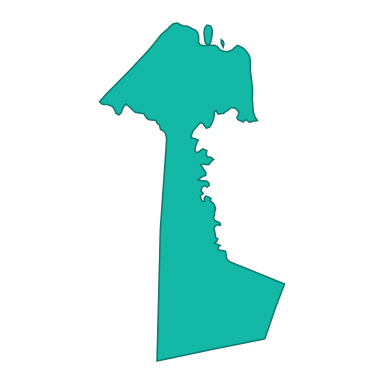 outline of São Caetano de Odivelas, Pará, Brazil
{"feature_id": "56859067B48440090110628", "entity_name": "São Caetano de Odivelas", "entity_type": "district", "adm_level": 2, "iso_a3": "BRA", "parent_name": "Brazil", "parent_adm1": "Pará", "projection": "albers", "projection_center": [-48.02, -0.863], "detail": "fine", "context": "isolated", "style": "filled", "palette": "teal", "viewbox_px": 384, "rotation_deg": 0, "n_neighbors": 0, "source": "geoboundaries", "source_scale": "gbopen_adm2", "svg_char_len": 2567}
<svg xmlns="http://www.w3.org/2000/svg" viewBox="0 0 384 384"><path d="M264.8,338.8L266.5,333.9L275.8,306.8L281.0,293.3L284.5,284.0L231.8,262.6L228.3,260.8L226.2,257.8L226.1,254.7L225.6,251.2L222.0,250.6L218.1,249.7L218.2,247.2L220.2,245.5L217.1,244.2L214.5,243.2L216.7,241.3L217.8,238.8L215.6,237.6L214.9,232.2L213.9,228.6L215.1,226.2L217.4,224.7L220.4,225.3L220.0,222.9L214.8,220.5L213.4,217.5L214.6,214.9L214.5,212.3L215.6,208.7L214.5,205.2L213.1,203.1L210.2,200.8L211.0,198.3L208.0,196.8L205.5,196.1L204.2,198.7L204.7,201.3L202.3,201.3L200.7,198.3L200.4,195.8L203.4,193.4L201.0,191.1L201.8,187.5L204.6,185.5L207.2,187.2L209.2,185.4L208.8,182.9L206.9,181.2L204.0,180.7L201.1,180.7L198.2,179.7L202.5,176.4L205.7,175.5L206.0,172.7L204.6,170.7L203.3,168.6L200.6,164.8L203.0,163.9L206.3,164.7L209.0,164.5L210.7,162.1L213.6,159.4L210.6,157.1L207.6,157.0L206.1,154.5L206.9,150.7L203.1,148.9L200.6,150.3L198.1,152.4L195.0,151.7L195.1,148.4L196.9,142.3L198.3,140.2L195.1,138.6L191.7,138.1L191.4,135.2L193.0,130.9L200.1,122.8L202.7,123.3L206.2,128.2L209.4,127.3L210.9,125.3L213.1,120.2L214.4,115.3L214.1,112.2L216.1,110.4L217.9,114.1L223.2,113.5L226.0,111.4L228.2,110.2L231.1,107.5L235.4,108.3L238.7,111.7L238.4,115.0L236.8,117.6L238.1,119.7L240.8,120.9L243.2,122.0L245.9,119.5L249.5,122.3L253.9,121.0L257.4,120.6L255.2,117.3L253.3,112.3L252.7,103.1L252.2,98.5L252.6,93.8L252.5,89.0L251.9,82.5L250.3,70.5L250.5,65.3L250.3,60.2L249.4,55.7L245.5,50.3L243.0,48.0L237.7,45.3L235.0,47.2L233.3,49.0L230.8,50.6L227.2,51.8L222.9,51.1L219.6,49.5L217.8,47.0L215.1,45.4L208.8,45.2L204.1,45.7L200.1,44.8L198.6,42.5L198.6,39.5L198.6,35.8L197.6,32.6L195.3,30.1L192.6,29.0L189.7,27.2L186.6,26.0L183.8,26.0L180.9,25.0L177.2,23.0L173.3,23.7L169.7,26.7L167.3,29.5L165.2,31.0L161.3,34.5L154.1,43.6L149.3,49.3L144.1,55.0L129.7,70.4L105.9,94.4L99.5,101.8L102.0,104.1L104.8,104.5L107.2,104.4L112.3,106.4L114.6,109.5L115.8,113.1L118.9,115.0L121.4,112.4L122.4,109.0L124.0,106.3L125.8,104.0L128.0,105.7L130.5,107.8L132.6,110.0L135.3,112.3L139.3,113.0L143.9,113.7L145.5,116.5L146.9,118.5L149.4,119.8L152.7,120.1L155.8,120.3L157.1,123.2L159.1,124.7L160.0,127.1L160.5,129.5L163.4,130.8L165.1,132.7L165.8,135.1L166.6,138.2L166.0,149.0L160.4,228.3L160.1,237.4L159.7,256.9L159.5,263.4L157.0,361.0L213.0,349.2L258.2,340.2L264.8,338.8ZM208.8,45.2L210.5,42.6L211.5,38.8L212.0,35.8L212.3,30.1L210.6,25.9L207.2,25.1L204.6,28.1L204.0,32.6L204.3,36.4L204.7,39.9L205.4,43.1L208.8,45.2ZM223.9,43.8L223.3,41.3L221.2,39.8L221.3,43.5L223.2,47.1L223.9,43.8Z" fill="#14b8a6" stroke="#0f766e" stroke-width="1.5"/></svg>